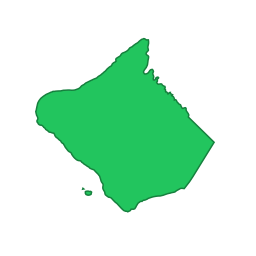 the district of Soure, Pará, Brazil, rotated 225°
{"feature_id": "56859067B4470404603658", "entity_name": "Soure", "entity_type": "district", "adm_level": 2, "iso_a3": "BRA", "parent_name": "Brazil", "parent_adm1": "Pará", "projection": "mercator", "projection_center": [-48.627, -0.457], "detail": "fine", "context": "isolated", "style": "filled", "palette": "green", "viewbox_px": 256, "rotation_deg": 225, "n_neighbors": 0, "source": "geoboundaries", "source_scale": "gbopen_adm2", "svg_char_len": 4932}
<svg xmlns="http://www.w3.org/2000/svg" viewBox="0 0 256 256"><g transform="rotate(225 128 128)"><path d="M57.0,178.8L67.5,178.7L93.1,178.4L93.7,179.4L94.2,180.2L95.5,180.7L96.4,180.9L97.4,181.1L98.5,181.3L99.5,181.7L100.9,183.0L101.8,182.9L102.6,181.8L102.8,180.9L103.4,180.3L104.2,180.5L105.3,180.7L106.0,180.9L106.7,181.4L107.5,181.5L108.4,181.1L109.2,181.0L110.2,181.1L111.0,181.1L112.2,181.2L112.9,181.6L113.9,181.8L114.7,181.4L115.0,180.6L115.7,181.3L116.4,181.7L117.4,182.1L118.5,182.2L119.2,181.9L120.0,181.8L120.0,183.0L121.0,182.7L121.9,182.5L122.7,182.5L123.2,183.1L123.7,182.5L123.8,181.5L123.8,180.4L124.9,180.7L126.2,180.8L126.7,180.2L127.4,180.4L128.2,181.3L129.0,181.8L129.8,181.4L130.2,182.1L130.5,183.1L131.4,183.5L132.2,183.0L133.4,182.7L134.4,182.7L135.3,182.9L136.0,182.4L137.6,180.3L138.5,180.2L139.5,180.3L140.2,180.7L140.2,181.7L140.9,182.5L141.9,183.0L141.7,184.2L141.8,185.1L142.7,185.2L143.3,184.6L143.6,183.7L143.6,182.6L143.1,181.9L143.1,180.7L144.1,180.0L145.0,180.6L145.9,182.3L146.6,182.8L147.8,183.3L148.7,183.8L149.4,184.5L149.6,185.3L150.1,186.1L151.2,186.5L152.1,186.7L152.9,185.8L153.2,184.9L153.2,184.1L153.0,183.0L152.7,181.6L152.8,180.9L153.1,179.6L153.7,178.7L154.6,177.9L156.0,178.2L156.7,178.6L157.3,179.9L157.6,181.5L157.9,183.7L158.9,186.4L160.5,188.5L161.6,189.9L162.9,191.9L163.8,193.0L165.0,193.3L166.1,193.0L167.5,193.1L168.0,193.7L168.4,194.6L168.3,195.7L168.5,197.3L169.2,197.9L170.4,198.6L171.3,199.3L172.0,200.4L173.2,202.3L174.6,203.7L175.9,204.7L177.4,203.2L178.4,203.1L179.5,202.8L180.1,202.3L180.4,201.4L181.0,200.4L181.2,199.2L181.3,198.3L181.4,197.4L181.4,196.6L181.4,195.3L181.8,193.7L182.1,192.7L182.2,191.6L182.5,190.2L182.5,189.0L182.6,188.2L183.1,186.9L183.4,185.8L183.3,185.0L183.1,184.0L183.1,182.8L183.2,182.0L183.3,181.2L183.5,180.5L183.9,179.3L184.4,178.1L184.9,177.0L185.0,175.9L184.9,175.0L184.5,174.0L184.6,172.8L185.0,171.2L185.3,169.9L185.5,168.9L185.3,168.1L184.6,167.4L183.7,166.8L183.7,165.8L184.1,164.8L184.3,164.0L184.4,163.0L184.4,162.1L184.0,161.2L183.7,160.2L184.1,158.7L184.3,157.6L184.4,156.3L184.5,155.1L184.4,153.9L184.3,152.8L184.3,151.9L184.5,150.9L184.5,149.6L184.7,148.0L184.8,145.9L185.1,144.9L185.4,143.7L185.5,142.6L185.5,141.3L185.8,140.5L186.3,139.4L186.7,138.5L187.1,137.4L187.4,136.5L187.7,135.7L188.1,134.7L188.3,133.9L188.6,133.1L189.2,131.3L189.6,130.3L189.8,129.0L189.8,127.9L190.3,126.3L190.6,125.2L190.6,124.3L190.5,123.1L190.5,122.0L191.0,120.4L191.8,118.7L192.4,117.4L193.2,116.3L194.6,114.8L196.5,113.2L197.7,111.9L199.4,110.0L200.4,108.9L202.0,106.4L202.9,105.5L203.9,104.4L204.6,103.6L205.2,102.9L205.7,102.1L206.5,101.3L207.0,100.7L207.3,99.6L207.9,98.6L208.2,97.6L208.6,96.5L209.0,95.5L209.4,94.5L209.7,93.6L209.9,92.4L210.1,91.5L210.3,90.3L210.4,89.4L210.5,88.5L210.6,87.7L210.6,86.9L210.4,85.8L210.3,84.7L209.9,83.3L209.6,82.3L209.3,81.6L208.7,80.6L208.1,79.7L207.5,78.7L206.9,77.8L206.4,77.0L205.9,76.3L205.4,75.6L205.0,74.6L203.8,73.7L202.8,73.1L201.7,72.4L200.6,72.1L199.8,71.8L199.0,71.4L198.1,70.7L197.9,69.9L197.6,68.9L196.7,68.0L195.5,67.9L194.4,67.5L193.5,67.5L192.6,67.7L191.7,68.3L191.1,68.9L189.9,69.1L188.8,69.1L188.0,68.9L187.3,69.1L186.1,69.1L185.3,68.8L184.2,69.0L183.0,69.3L182.3,69.3L181.5,69.2L180.5,69.6L179.9,70.1L179.1,70.5L178.0,71.0L176.7,71.9L175.7,71.6L175.0,71.3L173.8,70.8L172.1,70.6L170.9,70.9L170.1,71.0L169.2,70.9L167.9,71.0L166.5,71.3L165.4,70.9L163.8,70.8L162.7,71.2L161.9,70.9L160.9,70.7L160.1,70.5L159.0,70.1L157.7,69.9L155.9,69.7L154.4,69.5L153.0,69.6L151.4,70.1L150.1,70.1L149.1,69.6L147.7,69.3L146.3,69.1L145.3,69.0L144.1,69.0L142.6,69.1L141.8,69.2L140.9,69.5L140.2,69.8L139.3,70.5L138.2,71.3L137.4,71.2L136.5,71.1L135.5,71.3L134.6,71.4L133.7,71.4L132.8,71.6L131.7,71.9L130.2,72.1L129.4,72.2L128.5,72.7L127.2,72.6L126.2,72.7L124.9,73.2L123.6,73.8L122.7,74.3L121.6,74.3L120.5,74.2L118.9,74.2L116.4,74.2L115.2,74.0L114.1,73.9L111.7,72.7L110.1,71.8L108.9,71.2L107.3,70.9L105.9,70.6L105.1,69.9L104.0,68.4L103.3,67.7L102.5,67.2L100.7,66.6L99.8,66.5L98.8,66.0L97.9,65.3L96.9,64.8L95.4,64.9L94.1,65.1L92.9,65.3L92.1,65.9L90.7,66.6L88.3,66.6L87.5,66.5L84.4,66.5L82.5,66.8L75.7,66.5L73.4,66.6L72.5,66.7L71.8,67.0L70.8,67.5L70.0,68.2L68.9,68.6L68.0,71.1L68.1,71.9L68.4,72.7L67.9,73.3L66.6,74.6L66.1,75.7L66.3,76.5L66.5,77.6L66.9,78.6L67.7,81.9L67.3,84.7L66.8,85.5L66.2,86.0L66.2,86.8L66.0,87.8L65.4,88.5L64.8,89.6L64.0,91.7L64.0,92.4L62.1,96.2L61.2,97.7L59.5,100.1L57.9,102.0L57.2,102.7L55.6,105.3L53.9,108.9L52.8,110.8L52.2,111.6L51.9,112.3L51.1,113.6L50.6,114.3L50.1,115.1L49.6,116.0L49.4,117.8L49.1,119.1L48.8,119.9L48.3,121.8L48.0,122.6L47.2,123.5L45.4,124.9L46.5,133.5L47.7,139.4L53.9,165.6L57.0,178.8ZM109.6,56.8L110.3,55.9L111.1,55.5L111.8,55.0L112.3,54.3L112.9,53.7L113.1,52.8L112.0,51.7L110.7,51.3L109.4,51.8L108.4,52.6L107.7,53.6L107.2,54.9L107.8,55.9L108.4,56.9L109.6,56.8ZM117.2,53.5L116.8,52.7L116.2,53.6L117.2,53.5Z" fill="#22c55e" stroke="#15803d" stroke-width="1.5"/></g></svg>